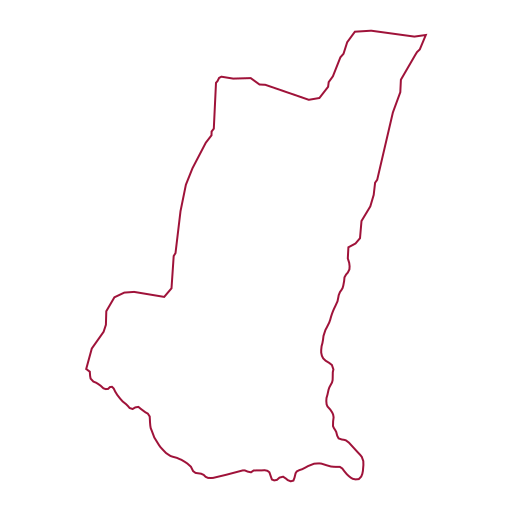 Jerez, Jutiapa, Guatemala (Natural Earth projection)
{"feature_id": "79465075B56030865521274", "entity_name": "Jerez", "entity_type": "district", "adm_level": 2, "iso_a3": "GTM", "parent_name": "Guatemala", "parent_adm1": "Jutiapa", "projection": "natural_earth1", "projection_center": [-89.76, 14.081], "detail": "fine", "context": "isolated", "style": "outline", "palette": "rose", "viewbox_px": 512, "rotation_deg": 0, "n_neighbors": 0, "source": "geoboundaries", "source_scale": "gbopen_adm2", "svg_char_len": 2841}
<svg xmlns="http://www.w3.org/2000/svg" viewBox="0 0 512 512"><path d="M265.3,84.8L259.5,84.5L250.7,78.1L233.2,78.6L221.4,76.7L219.1,77.9L217.5,81.1L216.0,82.8L213.8,128.7L211.6,131.5L211.5,135.3L205.8,142.7L192.5,168.2L185.9,184.7L180.5,211.2L175.5,253.1L173.7,256.0L171.5,288.3L164.2,296.9L134.1,291.9L124.3,292.6L114.4,297.3L106.3,311.2L105.9,324.8L103.6,331.8L91.8,348.5L86.2,369.0L89.8,371.7L90.1,375.9L90.6,378.6L93.4,381.6L96.1,382.7L98.2,384.0L100.6,385.7L103.4,388.3L105.7,389.1L108.1,388.9L109.9,387.1L112.0,386.8L113.7,388.5L115.2,391.6L117.3,395.0L120.2,398.7L122.6,401.4L126.1,404.2L128.0,406.1L129.6,408.0L132.6,409.0L135.3,407.4L138.4,406.9L140.7,408.8L145.4,412.3L147.8,413.6L149.7,416.5L149.9,419.8L150.0,422.2L150.3,425.7L150.7,428.1L151.9,431.1L154.3,437.5L159.0,445.1L160.5,447.2L163.0,449.9L166.0,453.0L168.5,454.7L170.5,456.0L172.6,456.7L177.0,457.9L179.4,459.0L181.4,459.8L184.9,461.9L187.3,463.5L190.9,466.7L193.1,471.1L195.5,472.9L197.5,473.2L201.1,473.7L203.7,474.9L205.6,476.8L208.0,477.9L210.9,478.0L213.1,477.9L226.5,474.7L242.8,470.4L244.8,470.4L247.7,471.6L251.0,472.3L253.6,470.5L257.3,470.4L261.6,470.4L264.6,470.2L267.4,470.8L269.4,472.3L270.6,475.8L271.9,479.5L274.2,480.4L276.9,479.9L279.5,477.6L283.1,476.7L286.1,478.7L287.7,480.1L290.7,481.3L293.4,480.6L294.5,477.7L295.6,473.2L296.8,471.4L299.4,470.1L302.2,469.2L305.5,467.5L308.0,466.1L312.3,464.4L314.1,463.7L317.0,463.5L319.2,463.4L321.3,463.6L324.5,464.6L326.7,465.3L330.9,466.5L334.1,466.8L337.3,466.9L339.9,466.9L342.3,468.5L344.3,471.2L346.8,474.2L348.7,476.0L350.7,477.6L352.7,478.8L355.6,479.4L358.8,479.1L361.2,476.6L362.3,473.9L362.9,470.9L363.4,465.0L363.3,461.1L361.8,456.9L360.3,455.0L357.3,451.8L348.9,442.6L345.8,440.3L343.9,439.8L341.8,439.5L338.6,438.4L337.2,435.7L336.2,431.9L335.1,429.9L333.9,428.1L333.0,426.1L333.1,421.5L333.6,417.3L333.1,414.5L332.2,412.5L330.3,409.6L327.5,406.5L326.6,404.3L326.3,401.0L326.5,398.0L327.5,394.5L328.5,389.9L329.3,387.5L330.3,385.6L332.0,382.5L332.6,380.2L332.7,377.8L332.8,372.1L333.4,369.4L331.9,365.0L329.2,362.9L325.6,360.7L323.2,358.4L321.9,355.8L321.2,352.7L321.2,349.9L321.6,346.1L322.4,343.2L323.0,339.9L323.5,335.9L324.5,332.8L325.5,329.8L326.7,327.6L328.2,324.6L329.2,322.6L330.2,319.8L331.1,316.5L332.1,313.5L333.1,310.9L334.0,308.8L335.4,305.9L337.5,301.3L338.3,297.4L338.7,295.2L340.0,292.0L341.5,289.9L342.6,288.0L343.3,285.5L344.1,281.2L344.5,277.3L346.1,274.5L347.8,272.6L349.4,269.4L349.6,266.3L349.2,262.9L347.8,258.4L348.4,247.3L355.5,243.5L360.0,238.2L361.5,221.0L370.3,206.4L373.7,194.9L375.1,182.7L377.2,179.8L392.9,112.4L400.3,92.2L400.9,79.7L415.4,54.7L417.0,52.1L419.8,49.4L425.8,35.0L414.4,36.6L371.2,30.7L354.9,31.7L347.2,42.2L343.5,53.8L340.4,57.3L332.9,76.3L328.7,82.1L328.1,86.8L319.4,98.0L308.8,99.8L265.3,84.8Z" fill="none" stroke="#9f1239" stroke-width="2"/></svg>